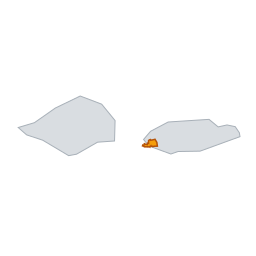 Falelatai & Samatau, Aiga-i-le-Tai, Samoa shown in context, rotated 340°
{"feature_id": "51752279B18157705757653", "entity_name": "Falelatai & Samatau", "entity_type": "district", "adm_level": 2, "iso_a3": "WSM", "parent_name": "Samoa", "parent_adm1": "Aiga-i-le-Tai", "projection": "albers", "projection_center": [-172.03, -13.899], "detail": "fine", "context": "in_parent", "style": "filled", "palette": "amber", "viewbox_px": 256, "rotation_deg": 340, "n_neighbors": 0, "source": "geoboundaries", "source_scale": "gbopen_adm2", "svg_char_len": 1837}
<svg xmlns="http://www.w3.org/2000/svg" viewBox="0 0 256 256"><g transform="rotate(340 128 128)"><path d="M94.0,81.6L111.4,96.6L118.4,116.6L110.9,135.6L94.5,130.9L70.7,135.0L62.8,133.7L43.7,110.3L30.4,99.8L25.0,90.0L41.9,91.0L66.5,84.4L94.0,81.6ZM230.3,174.4L187.8,174.4L166.9,167.2L159.4,167.1L141.4,152.0L138.7,144.1L148.1,138.8L167.8,136.1L207.1,147.6L213.1,157.8L222.1,159.0L229.2,163.4L231.0,170.5L230.3,174.4Z" fill="#d9dde1" stroke="#a8b0b8" stroke-width="1"/><path d="M144.0,146.5L143.8,146.5L143.0,146.9L142.2,148.9L142.1,149.3L142.0,149.2L141.9,149.2L141.6,149.1L141.4,149.0L141.2,148.9L140.6,150.1L140.3,150.0L139.8,149.8L139.1,149.4L138.8,149.2L138.7,149.1L138.6,148.9L138.0,148.3L137.8,148.5L137.7,148.7L137.6,148.8L137.4,149.1L137.1,149.4L137.0,149.5L136.9,149.6L136.7,149.7L136.3,149.4L136.0,149.1L135.7,149.5L135.5,149.8L135.8,150.0L136.1,150.1L136.4,150.3L136.5,150.4L136.4,150.4L136.5,150.4L136.5,150.5L136.6,150.8L136.8,150.8L136.9,151.0L137.0,151.0L137.3,151.2L137.3,151.3L137.5,151.4L137.5,151.5L137.8,151.5L138.0,151.6L138.2,151.8L138.4,151.8L138.6,151.9L138.7,152.0L138.8,152.0L139.0,152.0L139.3,152.1L139.5,152.1L139.9,152.1L140.0,152.1L140.1,152.4L140.1,152.5L140.3,152.5L140.5,152.6L141.0,152.8L141.2,153.0L141.4,153.0L141.5,153.1L141.8,153.0L142.0,153.0L142.1,152.9L142.3,152.8L142.5,152.8L142.5,153.0L142.6,152.9L142.8,152.9L143.0,153.0L143.1,152.9L143.2,153.0L143.3,153.0L143.4,152.9L143.4,153.0L143.5,153.0L143.8,153.2L144.0,153.2L144.3,153.3L144.4,153.5L144.5,153.5L144.8,153.6L145.0,153.7L145.1,153.8L145.1,154.0L146.4,154.1L149.1,155.0L149.4,155.1L150.2,151.3L149.5,147.8L148.6,147.8L148.2,147.7L147.3,147.6L147.2,147.6L146.9,147.6L146.7,147.5L146.3,147.5L146.2,147.4L145.9,147.3L145.7,147.3L145.2,147.4L145.0,147.2L145.0,146.5L144.0,146.5Z" fill="#f59e0b" stroke="#b45309" stroke-width="1.5"/></g></svg>